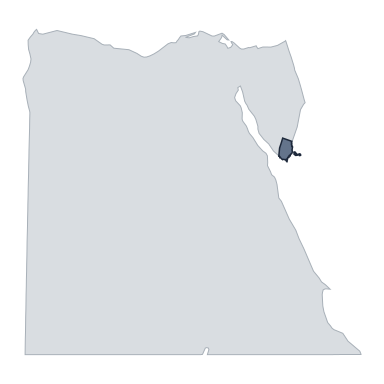 Sharm el-Sheikh, Janub Sina', Egypt (highlighted)
{"feature_id": "37247803B39887765706268", "entity_name": "Sharm el-Sheikh", "entity_type": "district", "adm_level": 2, "iso_a3": "EGY", "parent_name": "Egypt", "parent_adm1": "Janub Sina'", "projection": "natural_earth1", "projection_center": [34.42, 28.077], "detail": "fine", "context": "in_parent", "style": "filled", "palette": "slate", "viewbox_px": 384, "rotation_deg": 0, "n_neighbors": 0, "source": "geoboundaries", "source_scale": "gbopen_adm2", "svg_char_len": 6456}
<svg xmlns="http://www.w3.org/2000/svg" viewBox="0 0 384 384"><path d="M361.0,354.5L351.7,354.5L342.4,354.5L333.2,354.6L323.9,354.6L314.6,354.6L305.4,354.6L296.1,354.6L286.8,354.6L277.5,354.6L268.3,354.6L259.0,354.6L249.7,354.6L240.5,354.6L231.2,354.6L221.9,354.6L212.7,354.6L207.4,354.6L208.3,351.6L208.9,349.5L208.3,348.0L206.5,347.6L205.3,348.1L202.5,354.4L201.0,354.6L197.7,354.6L186.9,354.6L176.1,354.6L165.4,354.6L154.6,354.6L143.8,354.6L133.0,354.6L122.2,354.6L111.4,354.6L100.6,354.6L89.8,354.6L79.0,354.6L68.2,354.6L57.4,354.6L46.6,354.6L35.9,354.6L25.1,354.6L25.2,347.0L25.3,339.5L25.5,331.9L25.6,324.4L25.7,316.8L25.9,309.3L26.0,301.7L26.1,294.1L26.3,286.6L26.4,279.0L26.6,271.5L26.7,263.9L26.9,256.4L27.0,248.8L27.1,241.2L27.3,233.7L27.5,226.1L27.6,218.6L27.8,211.0L27.9,203.4L28.1,195.9L28.2,188.3L28.4,180.7L28.6,173.2L28.7,165.6L28.9,158.1L29.0,150.5L29.2,142.9L29.4,135.4L29.6,127.8L29.7,120.2L29.9,112.7L29.7,111.3L28.3,106.1L27.0,99.6L25.7,91.6L25.6,89.0L23.2,80.7L23.0,78.4L23.7,76.7L28.1,69.7L29.4,66.3L30.6,62.3L31.0,59.0L29.9,53.9L28.6,49.4L28.2,44.7L28.1,40.2L30.3,37.1L32.9,34.1L33.9,32.3L35.5,30.3L36.6,29.4L38.6,33.5L42.8,34.2L57.0,30.5L72.5,34.2L81.0,35.6L94.1,38.7L102.1,44.3L104.3,45.0L110.1,44.9L113.8,48.2L128.9,49.7L136.9,53.4L141.4,56.3L144.1,57.2L146.6,57.0L149.9,55.9L154.0,53.9L158.5,51.1L168.0,43.8L171.3,42.5L173.4,42.8L176.0,42.7L177.2,40.8L178.5,39.4L179.4,37.9L180.9,36.0L185.7,35.5L195.5,32.4L194.4,33.9L185.5,37.4L189.3,37.8L193.2,36.6L197.6,35.9L198.4,34.4L199.0,31.5L199.9,31.1L202.9,31.7L212.0,36.0L214.2,36.1L220.7,33.7L222.0,33.2L224.1,34.5L228.8,40.0L227.1,39.8L222.1,35.2L221.6,37.5L218.7,41.6L222.3,43.4L225.2,44.0L226.8,46.3L227.8,48.3L230.7,47.4L232.8,44.7L231.7,43.1L231.0,41.6L231.9,41.5L233.9,42.8L239.7,48.1L241.6,49.1L243.9,49.0L248.6,47.5L249.8,47.7L256.2,45.8L256.9,47.2L257.9,48.6L263.0,47.0L270.9,47.1L277.5,45.4L285.0,41.2L285.6,40.6L286.0,41.6L286.9,44.4L289.2,51.6L291.2,57.2L293.6,65.0L294.4,68.0L294.7,70.1L298.3,78.7L300.4,85.7L302.0,91.5L304.2,99.8L305.1,102.7L303.6,104.3L300.5,109.7L297.2,127.0L292.5,140.5L291.9,148.9L291.2,151.9L288.9,156.2L286.1,160.4L281.3,158.2L273.4,150.9L268.7,143.9L263.8,139.4L259.1,133.4L257.9,129.1L257.9,126.3L255.9,119.5L254.4,116.3L248.8,109.2L247.1,105.3L245.9,103.6L244.7,101.2L242.6,91.9L240.4,86.0L237.8,87.6L238.3,90.1L236.0,93.6L234.6,97.6L235.7,100.8L240.3,105.8L241.2,108.0L242.3,112.7L242.1,119.1L242.8,121.2L246.3,126.0L247.5,128.8L248.3,131.2L249.4,133.4L252.9,137.6L257.8,145.5L262.6,150.8L266.0,153.3L267.4,155.9L267.7,162.5L267.5,165.7L270.5,171.7L271.6,174.7L274.5,177.1L275.8,179.9L277.0,184.5L278.8,198.0L281.4,201.3L289.2,219.0L295.8,230.2L299.0,238.6L303.9,248.8L313.5,271.2L319.2,278.1L321.5,281.9L325.6,284.9L330.1,289.2L325.8,288.8L324.7,289.1L323.2,289.8L322.5,292.4L322.2,294.6L322.8,305.9L323.9,311.7L327.7,322.6L330.5,325.9L331.9,328.0L333.8,329.6L342.8,333.3L348.0,341.2L359.8,351.2L360.9,353.9L361.0,354.5Z" fill="#d9dde1" stroke="#a8b0b8" stroke-width="1"/><path d="M278.8,156.1L279.0,156.1L279.2,156.3L279.5,156.3L279.6,156.5L279.8,156.9L279.8,157.0L279.9,156.9L280.0,156.9L280.1,157.1L280.3,157.5L281.0,158.2L281.2,158.4L281.4,158.7L281.5,158.8L281.6,159.0L281.9,159.1L282.2,159.2L282.4,159.3L282.5,159.4L282.6,159.6L282.8,159.5L282.8,159.4L283.0,159.3L283.5,159.4L284.0,159.4L284.1,159.5L284.3,159.5L284.5,159.6L285.0,159.7L285.4,159.8L285.5,159.8L285.8,160.2L285.9,160.3L286.1,160.6L286.3,160.8L286.5,161.1L286.5,161.3L286.8,161.4L286.9,161.7L287.0,161.7L287.0,161.4L286.9,161.4L286.8,161.2L287.0,161.3L287.1,161.5L287.3,161.4L287.2,161.4L287.2,161.2L287.1,160.9L287.0,160.7L287.2,160.3L286.9,160.3L286.7,160.4L286.6,160.5L286.3,160.4L286.2,160.5L286.1,160.4L286.0,160.2L285.9,160.1L285.7,159.8L285.7,159.7L285.8,159.5L286.0,159.4L286.1,159.5L286.3,159.6L286.5,159.5L286.6,159.4L286.7,159.5L286.9,159.6L287.0,159.5L287.3,159.4L287.3,159.1L287.3,158.9L287.4,158.7L287.5,158.6L287.4,158.4L287.5,158.3L287.6,158.2L287.8,157.9L287.7,157.6L287.7,157.4L287.8,157.3L288.1,157.3L288.0,157.5L288.1,157.4L288.2,157.2L288.3,157.1L288.4,157.3L288.5,157.4L288.5,157.5L288.8,157.5L288.9,157.4L288.9,157.2L289.0,157.0L289.1,156.9L289.0,156.7L289.0,156.4L289.2,156.2L289.2,155.8L289.3,155.6L289.2,155.5L289.3,155.4L289.5,155.3L289.8,155.4L290.1,155.2L290.2,155.3L290.2,155.2L290.3,155.2L290.3,154.8L290.4,154.7L290.5,154.6L290.8,154.4L290.7,154.2L290.8,154.1L291.0,154.0L291.1,153.9L291.2,153.7L291.3,153.6L291.5,153.6L291.8,153.5L291.9,153.2L292.0,153.0L292.1,152.8L292.1,152.7L292.2,152.2L292.3,152.0L292.4,151.8L292.3,151.5L292.2,151.3L292.2,151.1L292.2,150.9L292.2,150.6L292.2,150.4L292.0,150.2L292.0,149.9L292.0,149.7L292.1,149.4L292.3,149.1L292.3,148.7L292.3,148.3L292.3,147.9L292.4,147.6L292.5,147.4L292.6,147.1L292.5,146.7L292.4,146.6L292.3,146.4L292.3,146.2L292.2,146.1L291.9,145.9L291.8,145.6L291.7,145.7L291.7,145.4L291.6,145.2L291.5,144.9L291.4,144.7L291.5,144.5L291.6,144.4L291.6,144.2L291.6,143.9L291.5,143.5L291.6,143.4L291.5,143.2L291.5,142.9L291.5,142.7L291.5,142.4L291.4,142.2L291.5,141.6L291.7,141.3L282.7,138.1L281.1,143.4L279.6,147.9L278.8,156.1ZM294.1,152.2L294.1,152.3L293.9,152.3L293.9,152.6L294.0,152.7L293.9,152.9L294.0,153.2L294.1,153.4L294.1,153.6L294.1,153.9L294.1,154.1L294.1,154.3L294.3,154.4L294.4,154.5L294.6,154.5L294.8,154.6L295.1,155.0L295.3,155.2L295.4,155.3L295.5,155.4L295.8,155.4L296.0,155.4L296.4,155.3L296.5,155.3L296.8,155.3L297.0,155.2L297.3,155.2L297.4,154.9L297.3,154.7L297.1,154.6L296.9,154.4L296.7,154.3L296.5,154.1L296.4,154.0L296.4,153.9L296.4,153.7L296.5,153.6L296.4,153.5L296.1,153.5L296.0,153.4L295.8,153.4L295.7,153.4L295.6,153.5L295.2,153.7L294.9,153.7L294.7,153.6L294.4,153.4L294.1,153.2L294.1,152.9L294.1,152.7L294.3,152.8L294.5,153.0L294.6,152.9L294.8,152.8L295.0,152.7L295.3,152.7L295.5,152.6L295.5,152.4L295.4,152.3L295.2,152.3L295.1,152.2L294.9,152.0L294.7,151.9L294.4,152.0L294.2,152.1L294.1,152.2ZM298.5,155.0L298.7,154.9L298.7,154.7L298.8,154.4L299.0,154.4L299.2,154.5L299.3,154.5L299.5,154.8L299.4,154.9L299.4,155.0L299.5,155.2L299.6,155.3L299.6,155.6L299.8,155.6L300.0,155.6L300.2,155.4L300.3,155.3L300.6,155.3L300.7,155.2L300.6,154.9L300.6,154.7L300.4,154.6L300.3,154.4L300.3,154.2L300.2,154.2L300.1,154.3L300.1,154.2L299.9,154.0L299.8,153.9L299.7,153.9L299.3,153.8L299.2,153.8L299.0,154.0L298.8,154.1L298.6,154.2L298.4,154.3L298.5,154.4L298.6,154.5L298.5,154.8L298.4,154.8L298.3,155.0L298.5,155.0L298.5,155.0Z" fill="#64748b" stroke="#1e293b" stroke-width="1.5"/></svg>